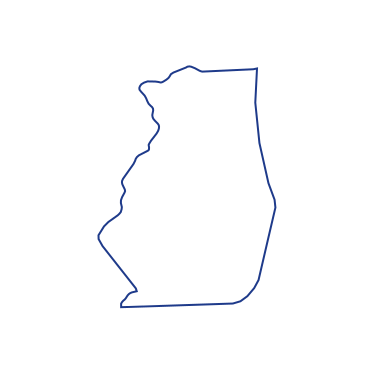 map outline of Hhohho (orthographic projection), rotated 145°
{"feature_id": "SWZ-534", "entity_name": "Hhohho", "entity_type": "District", "adm_level": 1, "iso_a3": "SWZ", "parent_name": "eSwatini", "parent_adm1": "", "projection": "orthographic", "projection_center": [31.368, -26.096], "detail": "fine", "context": "isolated", "style": "outline", "palette": "blue", "viewbox_px": 384, "rotation_deg": 145, "n_neighbors": 0, "source": "natural_earth", "source_scale": "10m", "svg_char_len": 1440}
<svg xmlns="http://www.w3.org/2000/svg" viewBox="0 0 384 384"><g transform="rotate(145 192 192)"><path d="M215.0,74.7L222.5,77.2L253.5,97.4L284.5,117.6L311.4,135.2L316.1,138.3L314.1,141.2L312.6,141.9L310.6,142.4L308.9,142.5L307.3,142.9L304.1,144.2L302.3,144.6L300.5,144.6L298.7,144.2L294.2,142.4L293.3,145.2L296.3,199.0L295.5,207.0L293.4,210.2L283.8,214.3L277.7,215.4L266.1,215.5L264.1,215.8L261.9,216.4L259.5,218.3L258.1,219.9L256.6,223.7L255.8,224.8L254.9,226.0L252.2,227.9L247.6,230.2L246.3,231.1L245.6,232.6L244.7,238.1L244.2,239.4L243.7,240.3L242.9,241.2L240.9,242.4L223.9,248.5L220.7,250.2L219.1,251.4L217.1,252.2L214.4,252.5L204.2,251.1L203.0,251.4L202.0,252.6L201.4,253.5L200.8,254.9L200.4,255.5L199.2,256.2L196.2,257.5L187.5,260.2L184.7,261.5L182.8,262.9L181.6,264.3L180.9,265.7L180.8,267.4L181.5,271.7L181.7,274.2L181.3,276.0L180.4,277.8L177.0,281.1L176.1,282.7L176.0,284.4L176.5,286.6L176.9,289.2L176.5,292.1L175.8,295.1L175.5,298.1L176.2,303.5L176.3,305.9L175.5,307.4L174.0,308.5L171.7,309.3L168.5,309.1L165.0,308.1L158.8,303.6L156.5,301.5L154.9,299.7L153.9,299.2L152.3,298.9L148.5,298.7L145.9,298.9L144.1,299.5L141.7,300.6L138.7,300.5L125.5,297.4L123.9,297.3L122.1,296.4L120.8,295.1L118.6,291.7L116.2,286.9L115.3,285.6L114.5,284.7L71.4,257.4L67.9,255.9L88.9,228.9L108.7,193.4L124.3,155.4L128.8,138.3L132.6,131.4L158.5,108.2L188.0,81.7L196.2,77.6L206.4,74.9L215.0,74.7Z" fill="none" stroke="#1e3a8a" stroke-width="2"/></g></svg>